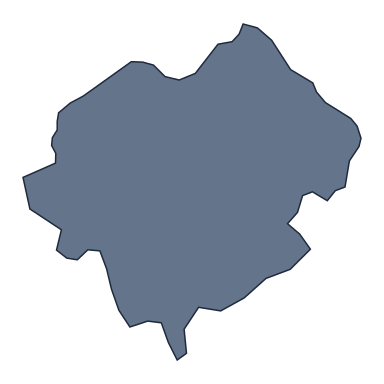 SVG path tracing the border of Orhei
{"feature_id": "MDA-1643", "entity_name": "Orhei", "entity_type": "District", "adm_level": 1, "iso_a3": "MDA", "parent_name": "Moldova", "parent_adm1": "", "projection": "orthographic", "projection_center": [28.834, 47.401], "detail": "fine", "context": "isolated", "style": "filled", "palette": "slate", "viewbox_px": 384, "rotation_deg": 0, "n_neighbors": 0, "source": "natural_earth", "source_scale": "10m", "svg_char_len": 891}
<svg xmlns="http://www.w3.org/2000/svg" viewBox="0 0 384 384"><path d="M310.4,249.2L290.2,269.3L266.0,278.4L244.2,297.9L220.7,310.9L198.6,307.3L184.1,329.2L186.5,353.3L177.2,360.0L168.4,342.6L161.3,322.8L147.7,321.1L129.9,327.0L118.9,310.3L111.5,289.2L106.6,268.8L99.9,250.9L87.8,249.8L77.3,259.8L66.7,258.1L56.5,250.1L61.4,229.8L29.9,209.0L23.0,177.4L55.5,163.1L55.8,153.4L51.6,145.5L52.4,137.6L57.2,130.0L57.2,121.3L58.6,112.8L70.3,103.0L83.2,96.1L131.3,61.7L142.6,62.1L153.5,65.1L165.0,76.6L179.2,80.0L195.3,73.4L218.0,44.2L232.1,41.7L239.1,34.1L243.1,24.0L257.4,27.9L271.7,40.3L290.6,69.6L312.8,82.9L316.5,92.0L325.4,102.6L325.6,102.7L350.7,118.4L350.9,118.6L357.1,126.1L359.5,133.6L361.0,138.2L359.0,146.5L349.4,160.9L345.0,187.0L335.3,190.7L327.3,200.7L312.4,191.8L302.6,195.6L297.5,212.4L287.5,223.7L299.7,234.1L310.4,249.2Z" fill="#64748b" stroke="#1e293b" stroke-width="1.5"/></svg>